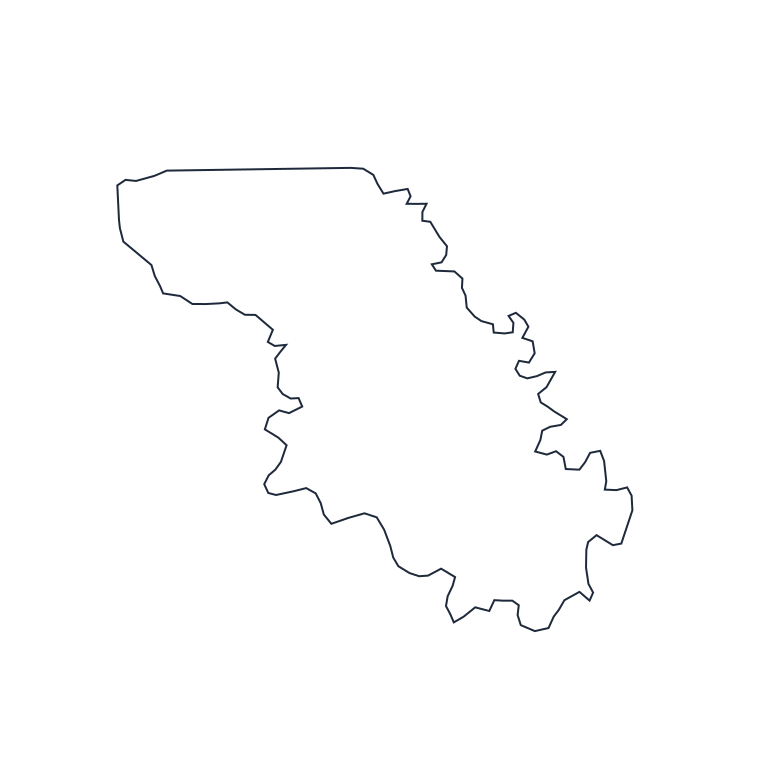 the district of São João da Ponta, Pará, Brazil, rotated 157°
{"feature_id": "56859067B2692108499529", "entity_name": "São João da Ponta", "entity_type": "district", "adm_level": 2, "iso_a3": "BRA", "parent_name": "Brazil", "parent_adm1": "Pará", "projection": "albers", "projection_center": [-47.972, -0.868], "detail": "fine", "context": "isolated", "style": "outline", "palette": "slate", "viewbox_px": 768, "rotation_deg": 157, "n_neighbors": 0, "source": "geoboundaries", "source_scale": "gbopen_adm2", "svg_char_len": 2144}
<svg xmlns="http://www.w3.org/2000/svg" viewBox="0 0 768 768"><g transform="rotate(157 384 384)"><path d="M412.9,137.3L401.6,138.7L387.3,142.8L375.8,133.9L366.9,141.9L359.4,138.2L350.5,134.4L346.4,127.7L351.3,119.1L352.3,108.6L341.7,97.6L327.9,95.1L318.5,103.7L311.3,107.8L302.4,114.5L285.3,116.3L279.4,104.3L273.0,110.3L273.9,120.1L269.8,136.0L262.5,152.4L257.8,158.8L247.4,161.8L236.3,146.2L227.9,144.4L204.7,170.7L199.7,184.5L200.6,193.8L211.5,195.5L222.0,200.5L217.4,207.6L211.5,227.1L211.1,238.0L221.2,240.1L229.5,233.4L237.6,228.8L249.9,234.7L247.3,246.8L251.9,254.9L261.7,255.4L271.2,262.8L262.0,271.3L256.6,279.2L247.8,279.7L237.2,277.2L229.5,280.2L238.1,292.3L242.2,299.2L246.9,305.8L246.0,314.6L235.6,317.6L221.7,328.3L230.8,331.5L240.2,331.5L249.9,333.2L255.8,338.6L257.1,346.6L250.7,352.6L242.2,347.1L233.3,353.4L230.5,365.2L238.6,372.4L228.7,380.3L229.7,388.5L234.8,398.0L242.7,398.0L241.0,389.7L245.3,381.3L253.2,383.4L262.9,388.5L260.4,396.4L269.8,403.9L274.2,410.7L278.0,422.0L274.4,433.5L274.7,442.0L270.6,450.4L275.2,460.1L291.9,468.0L293.2,475.5L283.5,473.5L276.3,478.5L272.2,486.2L275.5,497.8L278.0,515.2L284.9,519.3L281.4,527.4L274.4,533.3L282.7,536.7L292.7,541.0L286.2,546.4L286.0,554.3L298.7,557.3L310.1,559.4L311.8,570.7L312.1,580.6L319.0,590.3L330.3,596.0L500.6,665.3L514.0,665.3L532.9,667.8L542.2,672.9L551.9,671.0L563.8,638.7L566.2,630.7L568.3,616.9L551.6,584.4L552.8,573.0L551.9,561.5L551.9,553.7L537.2,544.6L529.1,532.5L516.5,527.1L503.8,522.5L496.3,520.3L491.2,510.5L485.0,502.1L475.3,497.8L465.1,477.3L474.5,468.1L469.7,461.7L458.9,458.3L466.7,454.2L474.3,449.9L476.4,435.6L483.2,422.5L481.2,414.4L475.6,407.1L468.1,404.4L468.1,395.2L482.8,394.3L490.9,400.7L503.5,398.0L511.4,388.8L502.2,375.9L497.6,365.7L509.3,352.6L517.5,347.6L525.8,345.0L533.4,338.6L533.1,328.9L526.7,324.0L508.6,320.5L496.3,318.6L489.6,310.0L488.8,299.0L490.4,287.4L487.1,275.9L469.4,274.7L452.5,272.6L442.8,264.1L440.8,249.8L441.5,232.5L443.3,220.7L442.0,210.7L434.4,200.0L426.7,193.3L418.3,190.4L403.6,191.7L394.0,178.5L399.8,171.3L408.3,163.8L413.7,155.4L412.9,146.0L412.9,137.3Z" fill="none" stroke="#1e293b" stroke-width="2"/></g></svg>